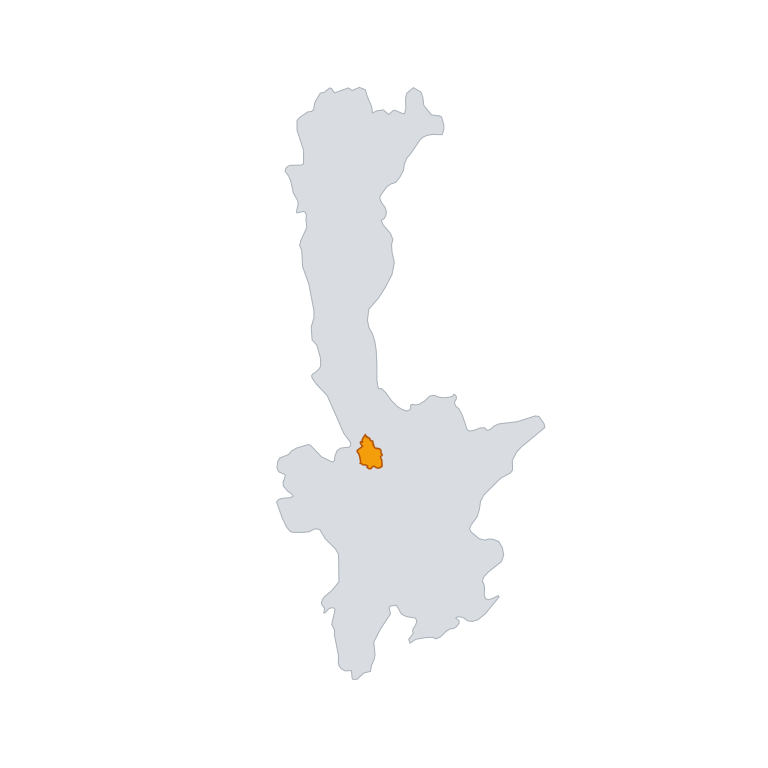 Khoune, Xiangkhoang, Laos (highlighted), rotated 209°
{"feature_id": "54806243B13600000049447", "entity_name": "Khoune", "entity_type": "district", "adm_level": 2, "iso_a3": "LAO", "parent_name": "Laos", "parent_adm1": "Xiangkhoang", "projection": "natural_earth1", "projection_center": [103.534, 19.269], "detail": "fine", "context": "in_parent", "style": "filled", "palette": "amber", "viewbox_px": 768, "rotation_deg": 209, "n_neighbors": 0, "source": "geoboundaries", "source_scale": "gbopen_adm2", "svg_char_len": 7505}
<svg xmlns="http://www.w3.org/2000/svg" viewBox="0 0 768 768"><g transform="rotate(209 384 384)"><path d="M288.8,118.0L291.8,124.1L305.7,140.5L308.1,145.0L313.2,148.4L317.4,163.0L319.2,163.8L321.5,162.8L323.3,160.8L324.7,155.2L325.7,154.6L327.2,159.2L331.1,160.6L332.8,162.6L333.4,166.1L332.8,169.7L329.5,178.0L327.5,189.1L341.1,213.0L346.8,216.3L360.4,220.2L369.6,225.5L373.9,224.2L378.0,218.3L382.9,215.0L392.1,209.9L394.7,209.6L399.8,211.6L408.1,217.5L420.7,228.7L420.2,231.6L417.9,234.5L411.2,238.9L409.1,241.8L410.4,242.8L416.0,243.5L422.6,246.0L424.6,249.0L425.7,255.6L426.9,256.8L433.1,256.1L434.9,257.0L437.2,259.1L439.3,264.7L439.3,268.8L433.2,276.1L432.5,280.4L429.4,285.6L421.0,294.3L418.8,294.8L403.3,290.0L391.1,290.7L390.1,292.5L392.1,297.7L392.7,303.0L390.8,306.9L383.8,312.0L383.5,314.3L384.9,316.6L395.2,321.3L428.0,346.3L443.0,351.1L449.6,354.2L451.3,356.0L451.2,358.2L449.5,361.0L448.1,365.9L448.0,368.8L449.6,371.7L452.2,375.9L461.5,385.4L468.2,387.7L475.3,398.5L477.4,408.1L480.9,414.2L498.0,434.8L512.3,447.4L520.8,461.1L525.0,464.2L526.3,469.1L527.4,483.5L532.4,490.7L533.4,493.6L535.6,495.7L537.9,496.1L543.0,491.4L544.0,492.1L546.3,499.7L548.3,502.5L555.9,507.1L563.9,516.3L568.2,519.6L573.7,522.2L574.4,525.1L573.5,528.1L571.8,530.0L562.5,535.3L561.2,537.6L567.5,549.3L583.0,563.7L587.9,572.4L586.8,576.6L582.6,585.0L579.4,587.3L578.6,590.0L581.0,596.8L580.8,607.5L577.8,610.0L575.1,616.5L573.2,617.0L568.5,614.6L558.6,625.8L554.3,625.2L549.3,631.5L542.9,632.3L538.4,627.7L528.9,620.2L525.5,615.5L522.5,619.6L517.5,623.4L510.5,622.0L508.6,627.6L507.2,628.6L498.7,629.6L497.1,630.5L498.5,635.6L503.6,644.3L505.1,649.2L502.0,657.4L493.2,657.2L489.2,653.8L484.2,646.9L472.8,642.4L465.3,645.5L463.0,645.4L457.3,639.6L455.2,635.8L453.9,630.3L462.5,625.8L466.9,622.3L469.7,618.6L470.9,614.7L472.3,598.7L473.5,593.0L472.8,586.0L470.5,580.5L470.4,572.3L471.7,565.7L474.9,562.4L477.2,557.6L478.5,546.9L477.5,544.1L474.3,541.5L468.8,539.0L465.4,535.8L464.0,532.0L464.1,528.7L465.8,525.8L461.6,522.6L451.8,519.0L446.3,514.8L445.1,509.8L441.0,503.3L433.9,495.3L430.1,483.7L429.7,468.6L430.5,456.3L433.6,442.1L429.4,431.8L424.9,426.4L418.6,422.4L412.6,416.7L406.9,409.3L400.0,398.2L392.0,383.7L386.7,377.2L383.9,378.7L378.2,377.3L369.4,373.1L361.7,370.8L355.2,370.5L350.9,371.5L349.0,373.7L348.8,375.9L350.5,378.1L349.6,379.8L346.1,381.0L343.4,383.4L340.3,388.7L338.1,395.7L334.9,398.4L329.9,399.0L324.9,401.0L320.1,404.4L317.8,407.0L318.0,408.7L317.0,409.1L314.6,408.1L313.5,405.8L313.6,402.2L311.1,399.7L306.1,398.5L300.3,394.6L289.3,384.5L286.8,384.1L283.2,386.7L278.5,392.3L274.6,394.5L271.5,393.4L269.1,395.4L267.4,400.5L264.4,404.6L249.5,415.4L236.2,429.4L232.8,430.7L224.7,426.8L222.2,424.0L233.4,395.4L235.0,388.4L234.7,379.2L230.1,371.6L229.9,369.3L230.6,367.0L236.3,358.1L242.9,335.2L242.6,328.1L239.7,320.2L238.2,312.8L239.5,302.7L239.0,298.8L236.0,296.8L225.8,294.8L220.0,296.4L217.2,299.2L213.8,300.9L207.4,301.9L201.4,298.4L196.4,292.6L195.2,285.5L201.6,270.2L203.1,264.3L203.0,261.5L201.9,258.6L200.4,258.2L197.2,254.6L194.1,248.2L191.1,245.3L188.3,245.9L185.7,248.3L181.5,254.3L180.1,253.5L184.0,232.3L187.5,223.3L191.7,219.2L196.1,217.4L200.7,218.1L204.6,217.3L207.7,215.1L207.4,213.8L203.7,213.5L202.3,211.1L203.1,206.6L204.7,203.7L207.2,202.3L209.7,197.8L212.1,190.1L215.0,186.2L218.4,186.1L224.2,182.7L232.4,176.2L235.6,169.9L238.7,172.8L237.5,180.1L239.1,181.6L239.9,184.3L239.5,188.4L240.1,191.8L241.4,193.5L243.2,194.4L251.9,191.4L257.2,191.2L265.9,196.5L271.1,192.5L271.2,191.1L266.9,186.0L268.3,167.4L267.8,153.3L260.6,142.9L259.2,138.7L258.5,131.9L256.5,126.1L261.6,121.4L264.4,112.7L268.0,110.6L269.1,111.0L273.5,117.5L279.1,114.2L283.3,114.2L286.9,115.9L288.8,118.0Z" fill="#d9dde1" stroke="#a8b0b8" stroke-width="1"/><path d="M363.4,303.1L363.2,303.1L362.9,303.2L362.5,303.4L362.2,303.6L361.9,303.7L361.7,303.9L361.5,304.0L361.3,304.2L361.1,304.3L360.6,304.4L360.1,304.3L359.8,304.3L359.4,304.4L358.9,304.4L358.6,304.3L358.6,303.9L358.7,303.6L358.5,303.2L358.3,302.8L357.9,302.8L357.7,302.8L357.3,302.7L357.2,302.7L356.7,302.9L356.6,302.7L356.2,302.6L355.5,302.9L355.1,303.2L354.7,303.4L354.4,303.8L354.2,303.9L354.2,304.3L354.3,304.6L354.4,305.0L354.2,305.5L353.6,306.1L353.6,306.4L353.6,306.8L353.3,307.1L353.0,307.3L352.5,307.3L352.1,307.2L351.8,307.2L351.4,307.2L351.0,307.1L350.2,307.2L349.8,307.2L349.5,307.3L348.8,307.3L348.5,307.5L348.3,307.7L348.1,308.0L347.6,308.2L347.2,308.4L347.1,308.6L347.0,308.9L346.6,309.4L346.5,309.9L346.4,310.2L346.4,310.5L346.1,310.5L345.8,310.7L345.9,311.2L346.1,311.4L346.3,311.7L346.3,312.1L346.5,312.5L346.8,312.9L347.0,313.1L347.1,313.4L347.6,313.9L347.7,314.2L347.9,314.5L348.3,315.1L348.5,315.4L348.8,315.9L348.8,316.1L349.1,316.5L349.4,316.7L349.9,317.0L350.3,317.2L350.5,317.3L350.7,317.5L351.1,317.8L351.4,318.2L351.6,318.4L351.8,318.6L351.8,319.0L351.7,319.4L351.5,319.7L351.3,320.0L351.2,320.5L351.1,320.8L351.2,321.0L351.3,321.2L351.4,321.4L351.6,321.5L352.2,321.8L352.5,322.0L352.9,322.1L353.2,322.1L353.5,322.4L353.6,322.6L353.8,323.1L353.9,323.6L354.0,324.0L354.0,323.9L354.1,324.0L354.3,324.1L354.5,324.3L354.7,324.5L354.8,324.7L355.0,324.7L355.3,324.8L355.5,324.9L355.6,325.0L355.8,325.0L356.0,325.1L356.5,325.0L356.8,325.0L357.0,325.0L357.1,324.9L357.4,324.7L357.5,324.6L357.8,324.5L358.0,324.5L358.4,324.5L358.5,324.6L358.8,324.7L359.1,324.3L359.2,324.1L359.3,323.9L359.6,323.8L359.9,323.8L360.1,323.8L360.5,323.8L360.8,323.8L361.0,323.8L361.4,323.9L361.4,324.0L361.5,324.1L361.9,324.3L362.0,324.3L362.3,324.4L362.4,324.5L362.5,324.5L362.6,324.8L362.8,324.8L363.0,324.9L363.2,325.0L363.3,325.0L363.5,325.0L363.7,325.3L363.8,325.3L363.8,325.5L363.9,325.8L363.8,326.0L364.0,326.1L364.2,326.3L364.3,326.4L364.4,326.5L364.5,326.5L364.9,326.6L365.0,326.6L365.0,326.8L365.0,327.0L365.3,327.3L365.4,327.5L365.5,327.7L365.6,327.9L365.8,328.1L365.9,328.4L366.0,328.5L366.3,328.6L366.5,328.6L366.8,328.3L366.9,328.2L367.0,328.2L367.4,328.1L367.6,328.1L367.8,328.1L368.2,328.3L368.3,328.3L368.5,328.2L368.8,328.2L368.9,328.3L369.0,328.3L369.3,328.5L369.4,328.8L369.5,328.8L369.7,329.0L369.8,329.1L369.9,329.3L370.0,329.3L370.3,329.3L370.5,329.4L370.7,329.5L370.8,329.6L371.0,329.7L371.3,329.7L371.7,329.5L371.8,329.5L371.8,329.4L372.1,329.3L372.2,329.2L372.3,329.2L372.5,329.1L372.8,329.3L372.9,329.5L373.1,329.6L373.3,329.3L373.5,329.2L373.8,329.1L374.0,329.2L374.1,329.3L374.2,329.5L374.3,329.6L374.5,329.8L374.6,330.1L374.8,330.2L375.0,330.2L375.0,330.3L375.5,330.5L375.8,330.6L376.1,327.7L376.1,325.2L375.9,324.3L375.7,323.8L375.4,323.6L375.1,323.4L374.8,323.1L374.6,322.9L374.8,322.6L375.0,322.5L375.6,322.4L376.1,322.4L376.4,322.2L376.5,322.0L376.5,321.8L376.5,321.6L376.3,321.4L376.0,321.2L375.9,320.9L375.7,320.7L375.3,320.4L375.0,320.2L374.7,320.1L374.1,319.8L373.9,319.6L373.5,319.5L373.3,319.4L373.0,319.3L372.8,319.3L372.6,319.3L372.5,319.0L372.6,318.8L372.7,318.6L372.9,318.3L373.1,317.7L373.5,317.0L373.6,316.7L373.7,316.4L374.1,315.7L374.4,314.9L374.5,314.6L374.7,314.3L374.9,313.9L375.1,313.6L375.2,313.0L375.2,312.8L375.1,312.6L375.0,312.4L374.9,312.4L374.9,312.2L374.7,311.9L374.4,311.7L374.1,311.5L373.7,311.4L373.0,311.0L372.7,310.9L372.4,310.7L371.9,310.4L371.7,310.2L371.4,310.0L371.2,309.8L371.0,309.6L370.8,309.5L370.6,309.3L370.4,309.1L370.0,308.6L369.9,308.5L369.4,307.9L368.3,306.6L366.7,304.5L366.5,303.8L366.4,303.1L366.1,303.1L365.9,303.2L365.6,303.2L365.4,303.2L365.1,303.3L364.6,303.4L364.2,303.4L363.6,303.2L363.4,303.1Z" fill="#f59e0b" stroke="#b45309" stroke-width="1.5"/></g></svg>